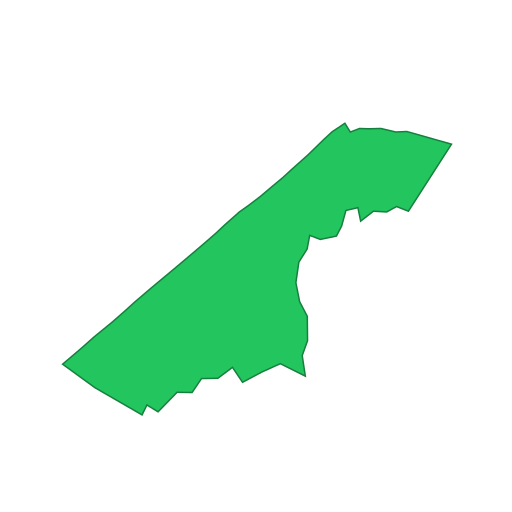 Imbé, Rio Grande do Sul, Brazil, rotated 210°
{"feature_id": "56859067B97443140399595", "entity_name": "Imbé", "entity_type": "district", "adm_level": 2, "iso_a3": "BRA", "parent_name": "Brazil", "parent_adm1": "Rio Grande do Sul", "projection": "equal_earth", "projection_center": [-50.118, -29.935], "detail": "fine", "context": "isolated", "style": "filled", "palette": "green", "viewbox_px": 512, "rotation_deg": 210, "n_neighbors": 0, "source": "geoboundaries", "source_scale": "gbopen_adm2", "svg_char_len": 940}
<svg xmlns="http://www.w3.org/2000/svg" viewBox="0 0 512 512"><g transform="rotate(210 256 256)"><path d="M369.4,65.6L329.5,61.4L315.1,61.4L305.7,61.4L290.8,61.4L275.2,61.4L276.0,72.4L262.9,72.1L256.2,98.5L243.1,105.8L241.9,122.6L227.9,131.0L220.7,147.8L204.5,139.9L192.8,158.6L181.1,174.9L153.2,176.6L166.2,192.9L169.0,208.4L181.4,229.4L195.4,238.3L208.1,252.8L215.8,272.1L215.2,287.6L219.8,300.7L208.6,302.5L196.3,313.5L196.8,324.7L200.9,340.4L191.9,348.8L182.8,338.5L176.7,353.5L164.8,359.5L159.0,369.1L146.4,371.0L142.6,450.6L187.7,439.2L196.9,433.3L211.6,428.9L221.9,422.6L230.1,418.2L236.3,410.5L245.4,415.4L252.2,401.6L255.4,391.3L261.7,369.1L268.8,347.6L272.0,337.3L276.4,325.4L282.2,309.3L288.1,295.3L292.5,285.7L298.5,267.7L302.1,255.8L307.0,241.5L313.4,223.5L319.1,207.7L324.6,192.7L330.7,176.1L337.9,155.8L342.4,141.8L347.5,126.8L355.9,104.6L361.0,89.2L369.4,65.6Z" fill="#22c55e" stroke="#15803d" stroke-width="1.5"/></g></svg>